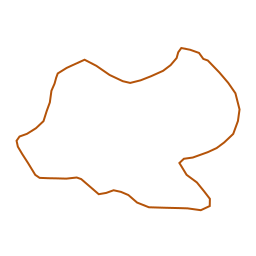 the district of Puryong, Hamgyŏng-bukto, North Korea, rotated 91°
{"feature_id": "82179303B95814990753322", "entity_name": "Puryong", "entity_type": "district", "adm_level": 2, "iso_a3": "PRK", "parent_name": "North Korea", "parent_adm1": "Hamgyŏng-bukto", "projection": "robinson", "projection_center": [129.695, 42.122], "detail": "fine", "context": "isolated", "style": "outline", "palette": "amber", "viewbox_px": 256, "rotation_deg": 91, "n_neighbors": 0, "source": "geoboundaries", "source_scale": "gbopen_adm2", "svg_char_len": 959}
<svg xmlns="http://www.w3.org/2000/svg" viewBox="0 0 256 256"><g transform="rotate(91 128 128)"><path d="M208.3,52.5L204.6,44.9L197.4,44.9L190.0,50.8L181.2,58.2L173.8,68.6L162.1,76.0L157.8,71.6L156.4,62.7L153.6,55.3L150.8,47.9L146.5,39.0L140.8,31.6L132.1,22.7L119.1,18.2L107.5,16.8L91.4,21.2L81.1,28.6L70.9,37.6L59.1,49.4L57.6,53.9L51.7,58.3L48.7,67.2L47.1,76.1L51.4,79.1L57.2,80.6L64.4,86.5L70.2,93.9L75.8,105.8L80.1,116.2L82.9,126.6L81.3,134.0L75.3,147.3L66.4,160.7L60.5,172.6L66.1,184.4L69.0,190.4L74.7,199.2L79.0,200.7L84.9,202.2L92.1,205.2L103.8,206.6L112.5,209.6L122.6,212.6L129.8,220.0L135.6,228.9L138.4,236.3L142.7,239.2L148.6,237.8L155.9,233.3L164.7,227.4L176.5,219.9L179.4,215.5L179.6,206.6L179.6,199.2L179.7,188.8L178.4,178.4L179.9,173.9L187.3,165.0L194.7,156.1L193.3,148.7L190.5,141.3L192.0,133.9L195.0,126.5L202.4,117.6L206.9,105.7L207.1,89.4L207.2,74.5L207.3,67.1L208.9,53.8L208.3,52.5Z" fill="none" stroke="#b45309" stroke-width="2"/></g></svg>